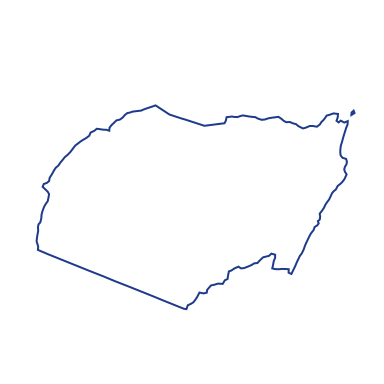 Itacaré, Bahia, Brazil, rotated 13°
{"feature_id": "56859067B83682608684654", "entity_name": "Itacaré", "entity_type": "district", "adm_level": 2, "iso_a3": "BRA", "parent_name": "Brazil", "parent_adm1": "Bahia", "projection": "albers", "projection_center": [-39.125, -14.353], "detail": "fine", "context": "isolated", "style": "outline", "palette": "blue", "viewbox_px": 384, "rotation_deg": 13, "n_neighbors": 0, "source": "geoboundaries", "source_scale": "gbopen_adm2", "svg_char_len": 2803}
<svg xmlns="http://www.w3.org/2000/svg" viewBox="0 0 384 384"><g transform="rotate(13 192 192)"><path d="M54.9,283.1L65.7,285.0L108.9,291.8L123.1,293.9L137.6,296.3L152.6,298.5L177.1,302.3L189.8,304.4L194.4,305.1L210.4,307.6L212.9,307.4L213.4,303.3L216.0,301.3L218.1,299.2L219.2,297.0L220.6,293.3L221.9,288.3L226.1,288.2L229.0,286.8L228.8,284.0L229.9,281.8L231.5,278.8L235.1,277.1L237.7,275.5L242.6,274.6L243.9,270.6L246.2,268.8L245.9,265.0L245.8,261.1L247.9,259.7L250.9,256.6L254.1,254.3L256.8,255.4L259.7,254.5L263.3,252.1L266.4,249.8L268.7,247.5L271.7,246.5L273.4,243.5L275.9,239.7L279.0,238.1L281.4,236.9L283.2,234.2L287.1,234.4L287.8,237.5L287.2,241.0L287.4,245.0L287.4,248.4L290.5,248.4L294.1,247.7L297.0,246.7L300.4,246.0L303.6,245.5L304.3,248.9L307.3,249.5L308.3,245.0L309.2,241.2L309.8,237.6L310.3,235.2L310.9,232.8L311.4,230.2L312.8,227.1L313.7,223.1L314.2,218.7L314.8,215.5L315.5,212.5L316.2,209.3L317.2,205.6L319.0,201.8L319.4,198.5L321.5,196.4L322.5,194.1L321.2,192.1L322.7,190.1L322.4,187.1L321.3,184.4L322.9,181.0L324.2,177.5L324.7,174.8L325.8,171.8L327.3,168.4L328.1,164.7L328.7,161.8L329.8,159.5L331.6,157.2L332.6,153.3L334.6,150.9L336.2,148.4L337.6,145.3L338.7,140.1L336.4,137.8L335.2,135.6L335.4,132.9L336.3,130.1L336.1,127.5L334.7,125.1L330.9,124.8L328.6,122.9L327.6,120.2L326.9,116.7L326.6,113.2L326.9,109.7L327.0,106.2L327.2,102.5L327.5,98.6L327.8,94.8L328.4,91.2L327.8,87.9L324.7,90.1L320.9,89.0L319.2,91.2L316.8,90.1L317.2,86.6L316.7,83.1L312.2,83.6L309.2,85.5L306.0,87.3L304.9,90.2L303.7,92.7L302.3,94.8L301.4,97.4L299.0,100.3L294.7,100.5L291.7,101.3L288.3,103.8L285.8,105.1L283.2,104.5L280.4,103.7L278.2,102.5L275.1,102.4L271.5,101.8L268.1,102.8L265.3,102.0L262.7,100.6L259.3,99.3L256.2,100.5L252.2,102.0L249.5,103.2L246.8,104.9L243.6,106.0L239.5,105.6L236.8,104.8L234.4,105.2L230.3,105.6L224.5,105.9L222.0,107.1L219.6,108.7L216.8,109.3L213.9,109.5L208.9,111.3L208.9,115.0L208.2,117.7L189.2,124.7L177.9,123.7L168.7,122.9L166.0,122.8L152.7,121.6L137.0,115.8L134.2,117.6L130.9,119.6L127.0,122.0L124.0,124.2L120.5,125.4L115.9,127.1L113.6,128.6L111.3,129.6L109.3,132.0L107.5,135.4L105.4,137.7L102.3,139.2L100.1,142.6L98.5,145.0L97.2,147.8L97.6,150.9L94.9,150.6L91.1,151.3L88.0,151.5L85.0,151.8L83.0,154.4L79.8,156.9L79.2,160.3L76.8,163.2L73.9,165.9L71.9,168.0L70.3,170.0L67.8,173.0L65.9,177.2L64.4,180.6L62.4,183.8L60.2,186.7L58.6,190.1L57.2,192.8L55.8,196.4L53.8,199.0L52.7,202.0L51.4,206.6L50.1,210.1L50.3,213.5L48.5,215.8L45.8,217.5L45.3,220.6L48.5,222.4L51.5,224.3L53.2,226.2L53.4,229.0L53.5,233.3L52.0,237.0L51.1,240.3L50.6,244.5L50.5,247.8L51.1,251.8L51.0,255.8L49.7,258.1L49.8,260.9L50.9,264.6L51.0,267.9L51.3,272.0L51.7,275.1L53.2,277.6L54.5,280.1L54.9,283.1ZM330.0,81.1L332.6,78.5L331.2,76.4L329.6,78.7L330.0,81.1Z" fill="none" stroke="#1e3a8a" stroke-width="2"/></g></svg>